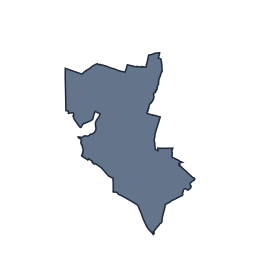 Holboca, Iasi, Romania (Robinson projection), rotated 29°
{"feature_id": "2599482B94460909484624", "entity_name": "Holboca", "entity_type": "district", "adm_level": 2, "iso_a3": "ROU", "parent_name": "Romania", "parent_adm1": "Iasi", "projection": "robinson", "projection_center": [27.678, 47.181], "detail": "fine", "context": "isolated", "style": "filled", "palette": "slate", "viewbox_px": 256, "rotation_deg": 29, "n_neighbors": 0, "source": "geoboundaries", "source_scale": "gbopen_adm2", "svg_char_len": 5733}
<svg xmlns="http://www.w3.org/2000/svg" viewBox="0 0 256 256"><g transform="rotate(29 128 128)"><path d="M129.2,60.1L128.9,59.5L127.3,56.7L126.6,55.9L125.4,54.2L123.4,51.7L122.8,51.8L121.8,51.8L120.6,52.0L119.9,48.9L119.4,47.2L119.3,46.9L119.2,46.8L118.3,47.4L116.3,48.9L115.5,49.3L114.7,50.2L113.8,51.4L112.7,52.6L110.7,54.2L112.7,60.8L113.4,63.7L113.8,64.9L114.2,66.1L110.7,67.4L110.9,67.5L111.0,67.7L111.0,67.9L105.6,70.0L105.6,70.5L100.8,71.9L96.8,73.0L96.9,73.8L97.7,76.7L98.1,79.5L98.3,80.6L95.8,81.3L95.3,81.5L94.9,81.7L91.5,82.4L89.9,82.7L89.5,82.6L86.8,83.1L84.2,83.7L83.0,83.9L82.2,84.1L81.8,84.1L79.1,84.4L76.3,85.1L76.0,85.1L72.7,86.0L72.8,86.2L71.4,86.8L70.7,86.8L70.0,86.6L69.1,87.7L68.4,88.8L67.8,89.6L67.0,91.1L66.6,91.8L66.1,93.3L65.4,94.7L65.2,95.3L63.8,97.4L63.4,98.4L63.5,98.5L62.7,99.9L62.6,100.1L62.6,100.3L62.3,101.0L61.7,102.7L61.6,103.1L59.4,103.6L44.2,106.2L47.7,112.7L59.0,132.1L65.3,143.0L67.6,142.1L68.7,143.6L68.8,143.8L68.8,144.1L69.0,144.0L70.4,142.8L71.6,141.9L72.9,141.4L73.2,141.6L73.9,142.5L74.3,143.2L74.4,143.8L74.1,144.2L76.9,146.5L85.0,150.5L85.9,150.5L86.4,150.5L86.6,150.2L86.7,149.9L86.6,148.2L86.6,147.6L86.9,146.4L86.8,145.5L88.0,144.9L88.7,143.7L89.1,143.3L89.7,142.6L91.8,139.9L92.6,138.5L92.7,138.2L92.9,137.3L92.7,136.5L92.5,135.7L92.1,134.5L91.5,131.9L91.4,130.9L91.4,129.4L96.2,129.2L96.6,129.1L96.9,130.2L97.0,131.2L97.2,131.8L96.9,134.1L96.7,136.3L96.7,137.1L96.8,138.6L97.2,139.6L97.8,140.7L98.5,141.8L99.2,142.6L99.9,143.4L100.6,144.8L100.8,146.0L100.7,148.5L100.0,149.6L99.7,150.4L99.4,150.8L98.2,151.6L98.0,151.8L97.8,153.1L97.2,154.0L96.7,154.5L95.8,155.2L94.3,155.6L94.0,155.8L93.7,156.3L93.2,156.7L93.0,157.0L92.9,157.6L92.9,157.8L92.7,158.3L88.7,159.9L89.1,160.4L89.7,160.6L91.6,160.6L92.0,160.5L92.5,160.7L92.9,161.4L93.5,162.2L93.5,162.4L93.5,162.7L93.7,163.3L93.7,163.6L93.8,163.7L94.5,164.2L95.2,165.0L95.5,165.0L96.0,165.0L97.1,166.4L97.3,166.5L97.7,166.9L97.8,167.4L97.9,167.5L99.1,168.4L99.3,168.6L100.0,170.5L100.3,171.8L100.4,172.0L100.7,172.1L100.6,172.9L100.9,173.0L100.7,174.5L100.8,174.7L101.6,174.7L101.6,175.0L105.5,175.3L105.8,175.4L106.4,175.2L107.6,175.2L108.4,175.5L108.5,174.0L113.2,174.5L113.2,175.3L113.9,175.3L114.7,175.8L115.5,176.1L116.1,175.9L116.7,174.9L123.0,175.6L123.7,175.7L124.4,175.9L134.3,179.4L135.6,179.4L138.1,179.3L138.3,179.3L139.5,179.2L139.8,180.2L140.2,181.0L140.8,181.7L142.2,184.1L143.6,186.7L144.3,187.8L145.3,189.7L145.9,191.1L146.5,191.0L148.5,190.0L149.0,189.9L149.5,189.8L149.9,189.9L152.1,190.6L153.0,190.6L154.8,190.3L156.1,190.3L157.2,190.4L158.4,190.3L166.4,190.4L171.0,190.6L172.7,190.7L173.8,190.9L174.1,191.0L180.4,195.8L185.2,200.0L192.2,205.2L194.0,206.0L194.4,206.3L199.1,207.9L200.1,208.1L202.3,209.2L201.9,208.8L201.9,208.6L202.0,207.8L201.8,207.2L201.6,207.0L200.6,206.8L200.4,206.6L200.4,206.3L200.8,205.6L200.9,205.3L201.0,203.3L201.3,201.9L201.6,201.2L201.5,200.2L202.0,198.8L202.2,198.4L202.2,198.1L202.0,197.4L202.0,196.9L202.7,195.6L203.0,195.1L203.2,194.5L203.2,193.8L203.2,193.6L202.7,193.1L202.6,192.8L202.5,192.2L202.3,191.7L201.7,190.6L201.0,188.2L199.3,181.7L198.8,179.7L197.8,177.0L197.8,176.8L197.9,176.5L198.1,176.1L199.9,173.6L200.4,172.9L200.6,172.5L200.7,171.6L201.2,170.7L203.3,167.8L206.8,162.6L207.9,161.2L208.2,160.5L208.3,159.8L208.2,159.5L207.9,159.2L207.0,158.4L207.0,158.1L207.2,157.5L207.1,156.8L206.7,156.0L206.6,155.1L206.6,154.5L206.7,154.2L206.9,153.8L207.1,153.6L207.5,153.4L207.8,153.3L209.8,153.4L210.3,153.2L210.8,153.0L210.9,152.7L211.1,152.3L211.7,150.5L211.8,150.2L211.8,149.0L211.4,148.3L210.9,147.9L210.1,147.6L209.8,147.4L209.1,146.3L209.2,145.9L209.3,145.6L209.9,144.0L210.4,142.5L210.8,141.8L211.2,141.6L211.2,141.0L211.1,140.3L210.9,140.0L210.7,139.8L210.3,139.7L210.0,139.6L208.9,139.9L208.5,139.9L201.9,138.3L194.2,136.4L192.4,136.1L191.8,136.2L190.9,136.0L191.4,135.1L190.0,134.9L190.2,134.6L189.9,134.5L190.4,133.8L190.5,133.6L190.6,133.1L192.1,131.7L188.4,132.1L188.3,131.7L180.8,132.2L180.2,131.5L180.0,130.7L179.5,130.0L179.3,129.2L178.8,128.6L178.6,128.1L178.3,127.7L177.7,127.3L177.5,127.0L176.9,123.9L176.3,124.3L168.8,128.6L163.8,131.2L165.3,133.2L163.8,133.4L162.4,133.5L162.0,132.9L161.0,131.9L160.3,130.7L159.6,129.8L159.4,129.3L158.9,128.7L158.9,128.4L158.8,128.2L158.2,127.7L157.2,126.5L156.4,125.4L156.3,125.1L156.2,124.6L156.1,123.6L154.8,120.7L154.2,118.6L153.9,117.5L153.3,114.5L153.0,112.5L152.8,112.1L152.0,108.0L151.8,107.2L150.9,102.7L143.4,104.5L143.5,104.7L137.7,106.0L137.4,105.8L137.2,105.6L137.1,105.2L137.2,104.5L137.1,104.3L137.1,104.0L137.0,103.8L137.1,103.6L137.0,103.4L137.2,103.1L136.8,102.7L136.5,102.7L136.5,102.4L136.3,102.1L136.4,101.9L136.4,101.2L136.7,100.8L136.5,100.6L136.2,100.0L136.0,99.8L136.1,99.1L135.9,98.6L135.8,98.3L135.7,97.9L135.6,97.7L135.5,97.3L135.4,96.9L135.5,96.4L135.7,95.8L135.6,95.6L135.6,95.0L135.9,94.8L135.7,94.7L135.8,94.3L136.1,94.2L136.1,93.6L136.3,93.2L136.3,92.6L136.4,92.2L136.2,91.5L136.2,91.2L136.3,90.5L136.0,89.5L135.9,88.9L135.7,88.6L135.5,88.0L135.3,87.8L134.5,86.9L134.4,86.6L134.3,86.4L133.6,85.5L133.7,85.0L133.9,84.7L134.2,84.4L134.6,83.9L134.7,83.7L134.7,83.4L134.7,82.9L134.6,82.7L134.4,82.5L134.2,82.4L133.8,82.0L133.9,81.8L134.6,81.5L134.6,81.0L134.4,80.6L134.5,80.0L134.6,79.7L134.0,78.8L134.0,78.3L133.8,78.2L133.6,78.0L133.4,77.6L133.3,77.1L133.5,76.6L133.6,76.3L133.4,75.3L133.5,74.8L133.3,74.3L132.5,73.5L132.3,73.0L132.4,72.2L131.7,71.5L131.5,70.7L131.4,70.3L131.3,70.2L131.4,69.8L131.3,69.5L131.3,69.1L131.4,68.9L131.3,68.6L130.9,67.8L130.9,67.5L131.1,67.1L131.1,66.7L130.9,66.4L130.8,65.8L130.6,65.5L130.4,64.3L130.4,63.7L130.5,63.5L130.1,62.8L130.1,62.5L130.3,62.3L130.3,61.8L130.1,61.5L130.1,61.3L129.2,60.1Z" fill="#64748b" stroke="#1e293b" stroke-width="1.5"/></g></svg>